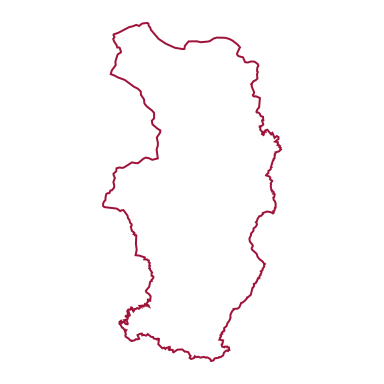 the district of Prachantakham, Prachin Buri, Thailand
{"feature_id": "78962969B79436242048830", "entity_name": "Prachantakham", "entity_type": "district", "adm_level": 2, "iso_a3": "THA", "parent_name": "Thailand", "parent_adm1": "Prachin Buri", "projection": "albers", "projection_center": [101.555, 14.221], "detail": "fine", "context": "isolated", "style": "outline", "palette": "rose", "viewbox_px": 384, "rotation_deg": 0, "n_neighbors": 0, "source": "geoboundaries", "source_scale": "gbopen_adm2", "svg_char_len": 6042}
<svg xmlns="http://www.w3.org/2000/svg" viewBox="0 0 384 384"><path d="M264.9,264.0L263.9,263.4L262.7,261.6L259.4,259.1L257.5,256.6L256.7,253.9L251.9,249.5L251.7,248.2L252.8,246.0L252.4,244.7L249.9,241.7L249.4,238.7L251.0,235.1L251.0,233.7L253.4,230.9L253.6,228.4L255.7,226.8L256.9,224.8L256.7,223.1L255.9,222.2L256.9,221.1L257.6,218.8L259.3,216.2L260.7,216.1L262.9,214.0L262.8,213.0L267.2,211.5L271.1,212.3L273.0,213.4L273.8,212.5L273.2,211.2L274.5,210.5L274.8,208.6L275.5,207.8L275.1,207.3L275.6,206.6L275.7,203.7L274.9,201.3L273.7,199.8L273.4,198.3L273.4,197.4L274.1,197.1L274.7,194.6L274.5,193.9L273.3,193.7L273.8,193.0L273.5,191.8L272.1,191.6L272.2,190.4L271.4,190.2L270.7,185.9L271.1,184.3L270.7,183.5L272.2,180.8L270.1,179.4L270.3,177.6L269.4,176.5L266.1,175.4L266.6,174.4L268.3,173.2L268.5,170.9L270.6,169.4L270.9,167.6L271.5,167.3L271.1,166.6L273.0,160.3L273.7,159.8L273.6,158.8L274.6,158.1L274.6,155.7L275.0,155.1L274.7,154.1L275.8,152.8L275.6,152.3L279.0,151.4L280.9,149.5L280.3,149.1L280.7,147.9L279.4,147.2L280.0,146.1L277.8,145.1L278.5,144.6L277.7,143.5L277.9,142.3L275.1,141.6L278.5,139.0L278.5,137.1L276.8,136.1L274.6,137.9L272.4,132.8L271.5,133.3L271.7,134.3L271.2,134.5L267.3,129.7L265.5,130.3L265.6,131.9L264.3,131.5L263.6,132.1L264.1,133.6L263.5,135.0L262.0,134.1L262.5,132.1L260.2,129.7L260.5,127.2L259.7,127.1L259.6,126.4L262.4,125.5L263.3,124.4L262.0,120.6L262.2,120.2L263.3,120.2L263.0,116.8L260.7,116.0L259.7,113.7L258.5,112.6L256.7,112.4L256.4,111.8L257.4,109.4L259.1,107.4L259.9,98.0L255.7,96.2L254.6,96.6L253.1,95.9L252.8,95.0L253.6,94.3L254.1,92.3L251.7,86.4L251.8,84.6L251.2,84.2L253.7,81.0L255.6,80.3L257.4,78.6L257.0,74.2L257.8,72.0L257.1,71.1L257.1,69.7L257.4,67.4L258.4,65.7L257.9,64.2L255.1,62.0L253.7,61.5L251.0,61.5L247.8,62.5L245.1,62.2L243.0,57.3L239.3,56.4L238.0,55.7L237.1,54.5L237.3,52.7L240.0,47.3L237.3,44.3L232.5,40.6L229.4,39.0L225.3,37.8L217.0,37.6L213.7,38.5L209.8,41.1L207.7,41.6L200.6,42.2L197.0,41.3L188.6,41.4L184.9,45.9L184.4,48.9L182.8,49.1L175.0,47.8L165.8,43.7L158.6,38.9L150.8,29.7L150.3,27.7L148.7,25.8L148.4,23.6L147.6,23.0L142.8,23.4L141.2,24.2L139.2,26.0L136.3,24.9L131.9,26.6L129.6,26.9L118.3,32.8L113.7,34.4L113.5,35.3L114.5,37.0L113.2,39.0L114.1,41.4L116.6,45.2L117.3,47.5L118.9,47.4L119.7,47.9L121.0,51.9L120.7,52.6L118.2,54.0L117.4,55.1L115.4,61.6L115.7,65.1L111.8,70.4L110.7,74.1L114.7,75.6L117.4,77.2L124.7,79.9L134.2,86.9L137.7,88.6L140.7,91.4L141.0,94.9L144.0,99.3L144.3,102.9L144.9,104.2L147.1,106.7L152.0,110.5L154.1,112.9L154.1,118.3L151.8,120.8L152.5,124.4L157.4,128.6L160.4,130.5L160.0,132.8L156.8,137.5L157.9,142.9L157.8,145.7L156.6,149.4L157.8,158.4L152.3,159.8L148.8,158.2L145.9,157.6L143.4,158.7L138.2,163.1L135.5,163.1L132.0,162.4L123.9,167.5L122.2,167.9L119.5,167.5L116.5,168.3L116.2,171.3L113.5,173.7L113.6,175.1L114.9,178.0L113.4,182.0L114.3,186.0L114.1,187.6L111.9,190.3L110.4,190.5L109.4,193.1L107.4,193.3L106.4,193.9L105.6,196.9L105.4,200.2L104.1,201.4L103.1,203.6L103.2,206.1L104.4,207.1L116.0,208.5L117.2,208.8L120.2,211.1L121.3,210.4L123.5,210.1L126.9,214.8L127.6,215.9L128.0,218.2L129.4,219.9L130.1,222.7L131.5,224.1L131.7,225.6L130.8,226.7L131.9,230.9L134.3,232.7L133.7,234.0L134.6,234.1L134.8,235.2L135.9,235.1L136.3,235.6L135.9,244.0L136.7,249.6L135.6,255.2L139.3,255.6L144.8,257.4L144.3,259.4L146.9,259.4L147.1,259.9L148.8,260.5L148.7,262.3L149.8,263.0L149.2,265.7L150.0,266.1L149.2,268.3L150.0,268.7L150.1,269.7L152.1,272.6L151.6,273.1L151.6,275.8L152.6,276.0L153.5,277.0L153.0,278.4L151.6,279.9L151.8,281.0L150.7,281.3L150.1,282.1L149.2,286.8L145.9,290.7L146.3,292.2L148.9,294.0L150.6,296.2L150.2,300.8L149.2,300.7L148.6,299.6L147.9,299.6L147.9,301.8L146.3,303.8L147.0,304.7L148.4,305.3L148.9,306.5L147.7,305.8L145.5,305.6L144.8,304.4L143.7,306.4L142.3,305.5L141.8,305.7L141.7,306.7L141.0,305.9L139.4,305.9L140.0,307.4L139.8,308.1L138.8,308.8L137.1,308.0L136.0,308.9L134.3,309.1L134.3,310.2L133.4,311.4L132.2,309.3L132.1,307.7L131.2,307.4L130.4,309.6L128.4,309.5L127.4,310.8L128.5,311.3L128.8,312.3L127.6,312.1L127.7,314.4L129.4,314.2L129.8,315.0L129.5,315.8L125.8,315.9L125.7,316.5L127.9,317.5L127.4,319.3L124.1,320.2L124.5,320.8L126.6,320.4L127.8,323.6L127.5,324.3L125.5,323.9L124.4,322.2L123.6,321.8L121.5,323.2L121.6,321.5L121.1,320.7L119.6,321.8L119.4,323.7L120.7,325.0L122.0,327.6L122.9,327.8L124.2,329.6L125.2,329.7L125.1,330.7L126.1,330.5L125.2,332.2L125.9,334.1L125.3,335.5L125.7,336.7L128.8,338.7L130.4,340.5L131.5,340.5L131.7,341.0L134.4,340.4L136.1,339.1L137.2,339.4L139.2,338.8L137.5,335.1L140.4,333.7L141.9,333.7L142.2,335.3L143.4,334.9L146.3,335.6L147.8,334.1L151.0,336.8L153.0,337.0L153.7,338.5L156.6,339.0L157.0,339.5L158.0,338.6L159.0,339.0L158.3,344.2L162.4,348.3L164.3,347.6L165.4,349.0L166.6,347.8L169.7,346.9L169.9,347.9L168.7,348.9L168.8,349.6L169.6,350.1L171.7,349.7L172.8,350.1L173.0,352.0L173.5,352.3L177.4,349.7L182.2,349.4L184.8,351.7L185.6,351.5L188.3,352.2L189.9,355.3L190.6,355.9L189.6,357.9L191.2,359.0L193.9,358.1L194.8,356.2L196.2,357.2L198.3,356.7L200.4,357.6L204.1,356.9L205.6,357.7L206.9,357.3L208.1,357.8L210.0,358.9L210.8,359.9L210.8,360.8L211.3,361.0L213.5,360.4L214.6,358.4L218.8,357.7L219.1,357.1L220.6,357.1L223.2,355.4L223.9,352.7L225.8,350.9L226.4,350.5L228.0,351.0L228.4,350.0L229.3,350.0L228.9,347.5L227.3,347.3L227.2,346.6L224.8,346.6L224.4,347.3L222.1,346.6L221.6,344.4L222.4,344.0L223.1,340.4L219.6,339.7L220.2,339.1L219.8,338.1L221.0,336.4L220.6,335.5L221.1,335.5L221.4,334.0L222.1,333.8L221.6,333.1L223.0,331.3L223.7,331.5L224.5,330.3L224.1,329.3L224.2,328.0L226.5,326.2L227.5,323.0L229.0,321.2L230.6,317.7L230.3,316.1L230.7,314.1L232.3,311.0L233.9,309.5L233.7,309.0L237.6,308.6L239.3,307.4L241.2,302.9L241.9,302.9L244.8,300.8L247.0,298.3L247.1,297.4L248.0,297.2L250.8,294.8L252.5,287.8L253.1,287.6L254.1,285.9L253.8,283.9L255.7,283.2L256.6,281.3L257.0,281.2L257.5,279.2L259.1,278.2L258.7,277.8L259.3,277.6L259.6,276.0L260.6,275.0L260.4,274.5L261.4,272.8L261.5,271.9L260.9,271.3L262.6,270.1L262.6,268.9L264.3,266.4L264.0,265.0L264.9,264.0Z" fill="none" stroke="#9f1239" stroke-width="2"/></svg>